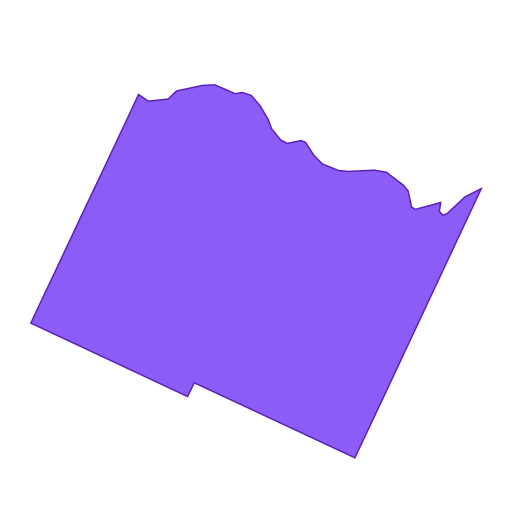 Emmons, North Dakota, United States of America (Natural Earth projection), rotated 115°
{"feature_id": "52423323B40885711739246", "entity_name": "Emmons", "entity_type": "district", "adm_level": 2, "iso_a3": "USA", "parent_name": "United States of America", "parent_adm1": "North Dakota", "projection": "natural_earth1", "projection_center": [-100.392, 46.288], "detail": "fine", "context": "isolated", "style": "filled", "palette": "violet", "viewbox_px": 512, "rotation_deg": 115, "n_neighbors": 0, "source": "geoboundaries", "source_scale": "gbopen_adm2", "svg_char_len": 873}
<svg xmlns="http://www.w3.org/2000/svg" viewBox="0 0 512 512"><g transform="rotate(115 256 256)"><path d="M331.1,80.8L99.7,80.3L114.2,91.6L137.0,100.8L139.9,103.9L138.1,108.7L129.5,111.2L146.4,131.3L145.9,135.7L132.8,145.6L129.6,152.1L125.0,173.1L128.2,185.0L140.5,208.4L143.7,217.6L144.5,235.0L140.5,245.8L132.0,259.3L132.3,263.9L140.7,275.2L140.5,282.5L134.0,295.8L127.3,302.4L118.0,315.9L112.5,328.2L113.6,337.6L117.7,343.3L118.3,365.6L124.1,376.7L140.0,397.8L150.8,401.8L161.2,419.1L159.3,430.7L164.3,430.7L178.9,430.7L191.8,430.7L194.3,430.7L196.0,430.7L199.9,430.8L246.4,430.9L249.9,430.9L250.4,431.0L253.8,431.0L254.1,431.0L295.7,431.3L303.2,431.3L307.4,431.3L319.9,431.3L320.7,431.3L330.4,431.4L336.4,431.4L361.9,431.5L377.7,431.6L411.9,431.7L412.0,431.7L412.3,258.6L397.0,258.4L397.1,81.1L331.1,80.8Z" fill="#8b5cf6" stroke="#5b21b6" stroke-width="1.5"/></g></svg>